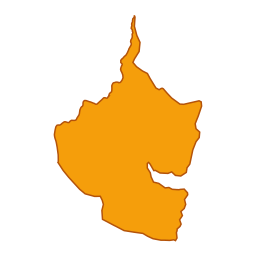 Faro, Nord, Cameroon (Natural Earth projection)
{"feature_id": "32672807B99512491314233", "entity_name": "Faro", "entity_type": "district", "adm_level": 2, "iso_a3": "CMR", "parent_name": "Cameroon", "parent_adm1": "Nord", "projection": "natural_earth1", "projection_center": [12.816, 8.422], "detail": "fine", "context": "isolated", "style": "filled", "palette": "amber", "viewbox_px": 256, "rotation_deg": 0, "n_neighbors": 0, "source": "geoboundaries", "source_scale": "gbopen_adm2", "svg_char_len": 2776}
<svg xmlns="http://www.w3.org/2000/svg" viewBox="0 0 256 256"><path d="M175.5,240.6L177.0,238.0L176.4,232.5L177.0,230.9L177.2,228.9L180.0,226.4L181.1,224.1L179.6,219.8L182.4,215.6L180.9,211.5L184.2,208.5L185.7,204.4L184.5,199.5L187.7,194.8L187.5,192.8L184.2,189.1L180.2,189.4L179.0,189.7L176.5,189.6L172.2,189.3L168.9,187.5L165.1,187.9L158.8,183.4L153.5,182.1L151.1,176.9L150.3,172.8L147.3,168.0L147.3,163.5L148.6,162.4L150.1,164.1L153.8,170.6L155.4,170.4L160.1,173.0L167.9,173.4L171.7,171.9L175.4,175.4L180.8,176.0L186.3,172.4L187.0,167.8L189.8,164.1L192.8,149.9L196.0,141.7L199.2,137.6L199.7,132.1L196.0,128.7L195.2,123.7L197.0,119.1L198.3,115.9L201.6,106.1L201.2,101.9L199.1,100.8L183.8,104.3L179.9,104.1L171.6,98.0L167.1,93.2L163.3,88.8L162.4,88.3L161.3,88.4L159.1,89.7L155.9,88.0L150.0,78.4L147.4,73.5L142.5,71.0L138.3,68.0L136.5,66.7L132.9,62.4L134.2,59.5L134.6,58.7L139.1,51.5L140.0,42.4L136.8,35.4L134.4,26.3L135.0,17.1L134.3,15.4L134.2,17.2L132.8,18.8L132.6,20.1L132.5,20.7L132.6,21.0L132.5,21.6L131.8,23.3L131.6,24.1L131.9,25.3L131.4,27.1L131.2,28.4L131.4,28.8L132.1,29.4L132.4,30.4L132.3,31.1L132.8,32.1L132.8,33.0L132.3,33.8L132.1,34.6L132.3,35.9L132.2,37.3L131.7,38.7L130.9,40.0L130.6,41.8L131.1,42.9L131.3,43.8L131.2,44.7L130.8,45.6L129.0,48.7L128.5,50.2L127.8,51.7L127.4,52.7L125.9,55.2L124.4,56.4L122.4,58.7L121.9,58.9L120.8,60.3L120.8,62.5L121.7,63.5L122.1,63.9L122.2,64.7L121.6,65.9L120.8,68.1L120.6,69.2L120.8,70.1L121.3,71.5L121.8,72.3L122.8,75.0L123.0,77.4L123.0,77.8L122.1,80.1L120.9,81.8L120.1,82.5L118.8,82.7L118.2,82.3L116.8,82.1L115.6,82.2L114.9,82.5L114.3,82.6L113.6,82.8L112.9,83.3L112.2,84.7L111.8,85.8L111.9,88.3L111.8,90.5L111.5,91.8L109.6,93.4L109.3,94.0L108.6,96.1L108.8,96.1L108.0,96.9L107.8,97.5L107.1,98.1L106.2,98.1L104.9,97.7L103.6,97.9L101.8,99.7L98.5,102.7L97.2,103.9L96.6,104.2L95.6,104.2L94.5,103.5L93.3,103.1L90.6,102.0L89.4,101.7L86.2,100.6L84.9,100.5L84.4,100.6L83.6,101.3L83.2,102.1L83.1,102.6L83.0,103.6L83.0,104.9L82.7,105.8L82.2,106.5L81.8,106.6L81.1,107.3L80.5,108.4L80.0,110.0L79.9,110.0L79.6,112.0L79.4,113.6L78.9,115.1L77.0,118.0L76.3,119.6L75.5,120.2L74.6,120.4L73.0,120.4L71.7,120.3L71.1,120.5L70.0,121.3L69.4,122.1L69.0,122.5L67.7,122.5L65.5,121.8L64.3,121.8L63.4,122.4L61.5,123.8L61.5,124.0L60.8,124.5L59.6,125.1L58.5,125.0L57.1,125.2L56.5,125.9L55.8,127.0L55.1,130.1L54.4,134.4L54.5,135.9L54.7,136.9L55.0,138.2L55.9,140.9L56.3,142.5L57.2,147.4L58.2,154.9L58.3,160.1L58.2,162.4L58.0,162.5L63.2,170.5L68.8,177.4L78.7,188.2L79.6,189.2L85.1,193.8L94.6,196.4L100.3,196.3L102.2,200.2L103.4,204.4L101.9,210.4L102.5,219.3L114.6,225.7L115.3,226.0L124.1,230.6L134.2,232.2L142.9,233.4L147.6,236.2L153.0,238.7L161.0,240.2L164.3,240.2L169.7,240.4L173.8,239.8L175.5,240.6Z" fill="#f59e0b" stroke="#b45309" stroke-width="1.5"/></svg>